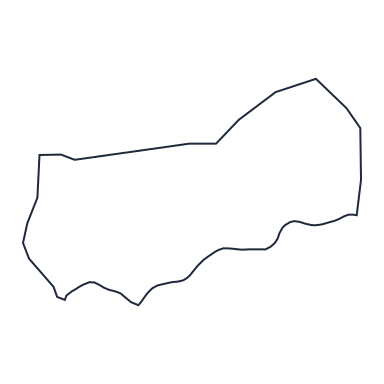 the district of Santa Cruz La Laguna, Sololá, Guatemala
{"feature_id": "79465075B11038489211128", "entity_name": "Santa Cruz La Laguna", "entity_type": "district", "adm_level": 2, "iso_a3": "GTM", "parent_name": "Guatemala", "parent_adm1": "Sololá", "projection": "orthographic", "projection_center": [-91.223, 14.744], "detail": "fine", "context": "isolated", "style": "outline", "palette": "slate", "viewbox_px": 384, "rotation_deg": 0, "n_neighbors": 0, "source": "geoboundaries", "source_scale": "gbopen_adm2", "svg_char_len": 1080}
<svg xmlns="http://www.w3.org/2000/svg" viewBox="0 0 384 384"><path d="M356.7,215.2L361.0,180.0L360.3,128.1L346.5,108.2L315.9,78.8L275.6,92.1L238.8,119.8L216.0,143.7L188.9,143.7L74.7,159.8L60.9,154.6L39.5,155.0L37.4,197.7L27.3,223.3L23.0,242.9L29.0,258.6L53.6,286.9L57.1,296.9L64.8,299.9L66.4,295.6L71.6,291.5L74.8,289.7L79.0,287.0L82.8,284.9L89.3,282.2L94.6,282.5L100.4,285.5L103.9,287.7L109.2,289.9L113.1,290.8L116.7,291.8L120.7,293.5L130.9,302.1L138.4,305.2L141.2,301.8L143.2,299.0L146.8,293.9L149.2,291.3L152.3,288.3L157.3,285.5L160.6,284.7L164.0,283.9L172.1,282.1L177.9,281.6L183.3,280.3L187.1,277.9L189.6,275.7L197.5,265.9L203.2,260.2L207.3,257.1L214.9,251.9L218.5,250.0L223.3,248.3L228.5,248.4L232.5,248.7L237.4,249.3L242.0,249.7L250.3,249.3L257.8,249.3L265.5,249.4L270.8,246.6L274.9,242.9L277.8,238.2L279.4,233.3L282.5,227.7L285.4,224.9L290.2,222.1L294.3,221.1L299.6,221.9L305.0,223.6L311.1,225.0L314.4,225.3L319.6,224.8L323.4,224.0L327.7,222.7L334.6,220.8L339.1,219.0L344.1,216.3L348.4,214.7L352.5,214.6L356.7,215.2Z" fill="none" stroke="#1e293b" stroke-width="2"/></svg>